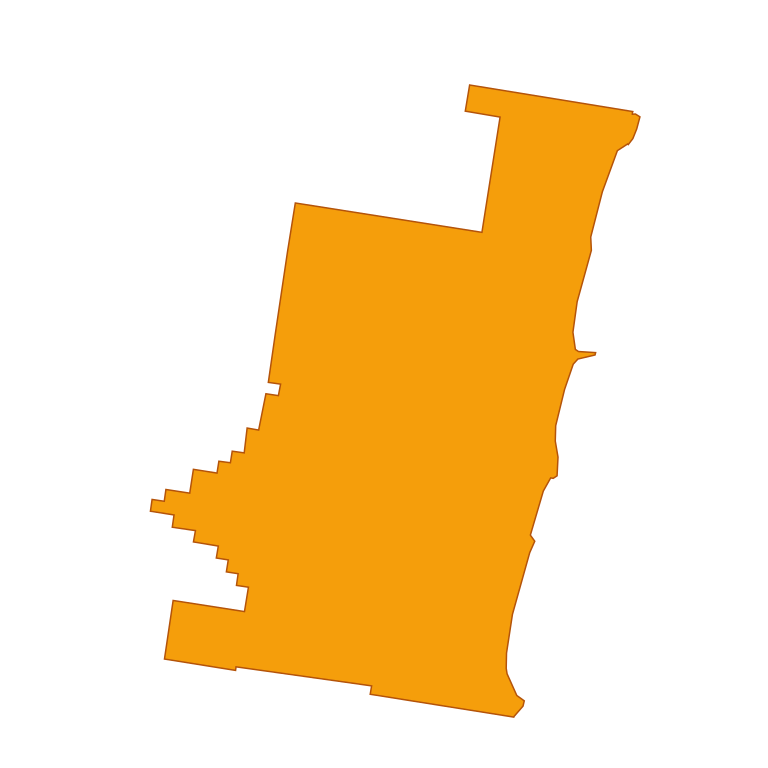 the district of Tillamook, Oregon, United States of America, rotated 189°
{"feature_id": "52423323B79399989430329", "entity_name": "Tillamook", "entity_type": "district", "adm_level": 2, "iso_a3": "USA", "parent_name": "United States of America", "parent_adm1": "Oregon", "projection": "orthographic", "projection_center": [-123.717, 45.414], "detail": "fine", "context": "isolated", "style": "filled", "palette": "amber", "viewbox_px": 768, "rotation_deg": 189, "n_neighbors": 0, "source": "geoboundaries", "source_scale": "gbopen_adm2", "svg_char_len": 1181}
<svg xmlns="http://www.w3.org/2000/svg" viewBox="0 0 768 768"><g transform="rotate(189 384 384)"><path d="M498.5,367.5L486.1,367.7L486.5,356.0L499.1,355.9L500.6,318.9L512.3,319.1L511.3,294.1L523.4,293.9L523.4,282.2L535.0,281.9L535.0,269.9L558.9,269.9L558.8,245.8L582.9,245.7L582.7,233.8L595.0,233.7L594.8,221.8L570.9,221.8L570.7,209.4L547.3,209.7L547.5,198.2L522.3,198.0L522.4,185.9L510.3,185.9L510.3,173.8L498.4,173.8L498.2,162.0L486.1,162.1L486.2,137.4L558.4,137.2L557.8,78.0L485.8,77.9L485.9,81.5L349.0,83.9L349.1,75.4L203.7,75.3L203.6,75.9L196.3,87.6L195.9,93.0L204.1,97.1L217.1,117.0L218.8,122.2L220.9,137.4L221.1,176.6L213.7,240.2L210.5,252.3L215.3,257.1L215.8,257.7L209.9,303.2L204.7,317.3L202.1,317.3L198.7,320.4L200.7,339.0L205.9,354.4L207.9,369.7L204.8,406.9L200.2,433.2L196.4,439.0L180.1,445.7L179.9,448.1L197.0,446.5L200.4,448.1L205.5,464.7L206.1,495.5L200.1,548.5L202.8,561.5L198.4,608.0L190.0,651.0L180.9,659.2L180.2,658.7L176.6,665.3L174.3,675.4L173.0,687.9L177.9,690.0L180.9,689.3L181.1,690.9L180.9,692.0L346.2,692.7L346.4,666.2L311.1,665.8L311.0,549.1L499.9,548.9L500.0,500.2L499.2,416.7L498.5,367.5Z" fill="#f59e0b" stroke="#b45309" stroke-width="1.5"/></g></svg>